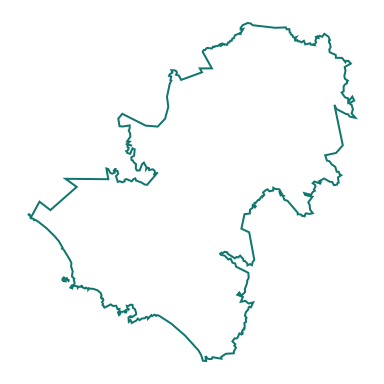 outline of Zihuatanejo de Azueta, Guerrero, Mexico
{"feature_id": "50627088B68116165686784", "entity_name": "Zihuatanejo de Azueta", "entity_type": "district", "adm_level": 2, "iso_a3": "MEX", "parent_name": "Mexico", "parent_adm1": "Guerrero", "projection": "albers", "projection_center": [-101.453, 17.808], "detail": "fine", "context": "isolated", "style": "outline", "palette": "teal", "viewbox_px": 384, "rotation_deg": 0, "n_neighbors": 0, "source": "geoboundaries", "source_scale": "gbopen_adm2", "svg_char_len": 5945}
<svg xmlns="http://www.w3.org/2000/svg" viewBox="0 0 384 384"><path d="M355.4,117.8L351.6,113.5L352.9,109.3L351.6,104.9L349.1,103.3L354.2,100.6L352.3,96.6L348.2,101.9L348.1,98.4L345.0,97.3L341.6,92.6L343.7,91.3L343.6,86.7L344.6,84.8L347.1,83.1L346.9,81.4L347.8,80.7L344.9,78.7L344.3,76.1L345.5,70.8L344.7,67.0L350.8,63.6L348.4,60.9L345.9,60.9L345.4,62.2L342.0,57.9L335.9,57.8L335.7,54.9L329.7,52.3L329.3,49.5L330.6,47.2L330.0,43.6L328.9,42.2L329.1,40.2L329.9,40.0L328.4,36.6L324.3,33.8L322.1,36.8L319.5,35.8L318.5,36.7L318.6,38.1L317.6,37.8L317.1,36.4L315.9,37.0L316.4,37.9L315.4,40.7L316.1,42.3L314.9,44.1L313.6,44.3L314.3,45.1L310.8,44.6L310.2,43.3L305.3,44.4L303.9,40.8L301.4,42.3L299.3,41.2L297.7,41.3L297.3,40.1L295.2,40.6L294.9,39.2L296.3,37.1L294.5,37.8L293.0,37.0L292.6,35.4L290.9,34.4L290.4,32.6L289.7,32.3L289.3,29.1L286.7,29.3L285.8,27.4L275.2,27.8L252.6,25.2L251.0,23.6L247.7,23.0L242.8,25.1L240.6,27.9L240.7,29.5L243.2,28.9L241.3,32.2L239.5,33.3L240.8,33.3L240.6,34.0L238.4,33.8L234.9,35.3L233.9,38.2L232.5,38.4L231.6,40.8L230.4,40.7L229.4,42.4L228.1,42.5L227.0,44.9L224.9,44.2L224.2,44.8L222.7,43.5L221.6,43.8L222.3,44.6L221.4,45.7L220.3,45.9L219.6,44.6L217.5,46.1L215.1,46.2L214.5,47.0L212.9,46.7L211.9,48.5L207.0,47.9L204.9,50.0L203.7,50.0L202.7,51.9L211.9,68.4L199.8,68.4L202.0,72.3L181.1,79.9L178.8,75.5L176.0,74.7L176.9,72.9L176.5,71.4L174.8,70.4L171.4,70.2L172.4,72.6L169.8,74.2L169.0,75.9L171.2,76.5L170.4,80.2L171.3,80.6L169.7,83.9L167.0,96.8L168.3,106.9L165.1,118.7L157.7,126.6L145.6,125.6L122.3,113.8L118.3,118.6L119.5,126.2L122.9,126.5L129.7,125.4L129.6,128.8L128.7,130.6L130.3,133.8L130.2,136.9L127.1,141.4L129.6,141.7L126.9,143.9L132.1,145.8L127.3,144.6L127.6,147.2L128.8,148.0L127.6,150.6L126.2,151.1L127.4,153.0L130.2,153.8L132.5,148.3L134.7,149.3L134.1,155.7L131.4,157.3L131.3,158.9L131.7,160.2L132.8,160.4L134.0,162.6L136.0,164.1L135.8,168.7L137.0,170.5L139.7,170.4L142.1,164.1L143.9,162.6L146.4,167.3L146.2,169.2L147.5,167.6L149.0,168.2L149.1,170.0L152.8,169.3L154.5,170.7L155.0,172.2L154.1,174.6L154.8,175.0L157.8,172.3L147.1,184.8L144.6,184.5L141.5,182.5L136.1,180.6L135.3,178.4L133.4,179.2L131.7,181.3L126.6,179.1L124.7,179.7L124.6,181.4L122.2,182.3L119.8,181.2L117.8,181.9L116.0,176.3L118.2,173.6L117.4,170.9L115.8,170.9L115.6,169.0L114.9,169.1L113.8,170.6L114.7,172.6L112.2,173.7L110.3,172.9L108.2,169.0L106.4,168.5L108.3,179.2L65.5,178.8L76.7,186.9L50.4,210.1L39.5,201.7L31.0,217.3L29.8,214.9L29.1,214.2L28.6,214.6L30.4,216.3L30.7,218.2L33.6,218.8L34.0,220.2L35.9,220.1L38.8,222.1L46.8,228.5L54.7,236.3L58.9,241.3L62.6,247.8L62.0,248.6L63.6,249.5L70.0,260.0L71.4,263.2L71.1,266.6L72.7,271.2L71.9,276.4L74.3,278.7L73.7,279.8L74.6,282.8L74.1,284.8L71.8,285.4L70.4,287.6L72.2,288.4L72.6,286.5L74.6,285.7L77.3,286.4L77.7,287.8L78.5,286.6L79.7,286.9L81.7,285.8L82.3,286.4L81.9,287.1L85.0,288.5L86.0,287.6L88.1,289.1L88.9,287.4L88.6,289.2L89.2,288.5L93.4,288.9L97.5,290.3L100.5,292.8L101.6,295.6L100.9,297.1L101.5,298.5L102.3,298.1L103.1,299.0L103.3,300.4L102.0,302.1L103.0,303.8L102.5,305.1L103.7,306.0L104.0,307.2L104.7,307.6L110.8,304.4L112.7,305.9L116.2,305.8L117.6,309.2L119.5,308.8L119.3,311.0L118.0,312.4L119.0,315.1L120.2,314.0L120.1,311.5L122.0,312.0L124.4,311.1L125.0,312.4L126.0,312.5L126.5,311.5L125.8,310.2L127.6,309.3L128.5,309.7L128.8,309.2L127.6,308.6L126.9,306.0L127.7,306.3L130.5,304.7L132.5,304.9L133.0,308.0L134.9,309.1L136.2,313.1L136.0,314.5L132.1,317.1L130.9,317.1L130.6,316.1L128.5,317.4L128.8,321.7L130.5,320.1L131.7,323.0L136.3,320.6L137.8,318.6L139.6,320.2L141.6,318.6L145.0,318.2L146.0,316.9L147.7,317.3L147.9,318.8L151.4,315.1L152.1,316.1L154.5,314.7L156.2,315.9L157.0,315.1L159.0,315.7L171.1,323.5L184.9,335.4L198.4,350.3L201.1,354.9L202.9,360.7L206.1,361.0L205.5,356.9L206.1,356.7L207.7,358.7L209.4,359.1L211.7,358.9L212.5,357.2L221.5,358.7L221.2,356.9L225.8,353.8L233.8,353.3L233.9,351.4L236.0,347.6L234.3,345.7L235.3,344.2L232.4,341.4L234.6,338.3L236.4,338.5L237.6,337.7L239.4,333.4L241.5,334.5L242.4,334.0L242.6,332.9L241.8,333.0L241.8,332.2L242.6,330.1L243.9,329.7L244.4,328.8L243.8,328.3L244.8,326.9L244.3,323.1L246.0,321.9L245.8,318.5L246.5,317.9L244.9,315.6L245.9,312.1L248.0,309.7L248.8,307.2L249.8,306.7L250.9,307.3L253.2,302.4L248.5,303.5L245.4,300.9L240.8,301.8L242.9,297.0L237.3,294.8L239.3,292.5L241.4,295.6L245.0,292.1L244.9,288.9L247.1,283.0L247.2,280.5L248.7,278.0L248.3,272.8L236.1,266.7L235.2,263.5L232.5,262.7L230.6,258.7L228.3,259.5L224.7,255.7L220.8,254.8L220.1,253.7L221.8,252.6L223.0,253.1L224.7,251.8L227.3,252.3L227.5,253.6L234.9,258.3L236.5,257.0L238.2,257.4L240.1,255.6L243.0,258.8L243.6,261.0L244.7,260.9L247.3,263.4L247.4,265.4L250.1,264.1L251.9,265.2L252.8,261.7L254.3,260.0L249.2,232.3L241.4,228.7L244.5,214.2L249.8,213.5L250.1,209.6L252.5,208.0L252.7,205.4L255.0,207.4L255.8,206.3L254.1,204.5L254.5,202.9L255.5,203.0L258.3,199.8L259.3,200.0L260.8,197.3L262.1,197.3L262.3,195.9L263.1,196.2L264.3,194.8L263.0,192.4L266.4,189.7L267.7,189.4L269.3,191.3L273.2,190.5L273.3,187.8L275.0,188.8L279.4,189.4L281.2,192.7L279.6,192.4L280.6,195.3L282.2,194.5L282.4,195.5L283.7,195.9L283.1,196.5L284.4,199.8L287.5,200.8L297.7,212.7L297.7,214.4L299.3,214.2L301.5,214.8L301.9,215.8L305.4,216.5L304.4,215.7L305.8,213.4L309.9,213.9L312.8,213.2L310.0,209.5L309.7,205.0L308.3,202.3L312.5,196.7L305.2,195.0L304.3,193.1L311.0,194.8L312.8,191.9L314.8,190.8L313.9,189.7L315.5,186.4L314.9,184.7L312.7,183.2L314.4,181.5L320.1,183.6L320.8,182.2L319.3,181.1L324.2,178.5L329.4,181.6L332.3,182.1L334.0,185.2L337.0,184.6L337.6,182.9L338.6,182.7L338.0,177.4L341.2,175.2L339.8,174.4L338.7,171.8L336.7,171.8L335.3,166.9L331.6,164.3L329.6,161.4L326.9,160.5L325.2,155.3L336.0,153.0L342.8,145.3L334.4,104.8L336.4,109.0L346.2,114.1L347.8,114.1L349.8,116.6L355.4,117.8ZM65.6,278.9L63.9,277.4L63.1,278.0L63.4,278.9L62.5,279.1L62.3,279.9L63.4,281.1L65.6,281.4L65.4,280.0L66.5,279.1L68.5,280.9L68.7,280.1L67.4,279.5L66.9,278.2L65.6,278.9Z" fill="none" stroke="#0f766e" stroke-width="2"/></svg>